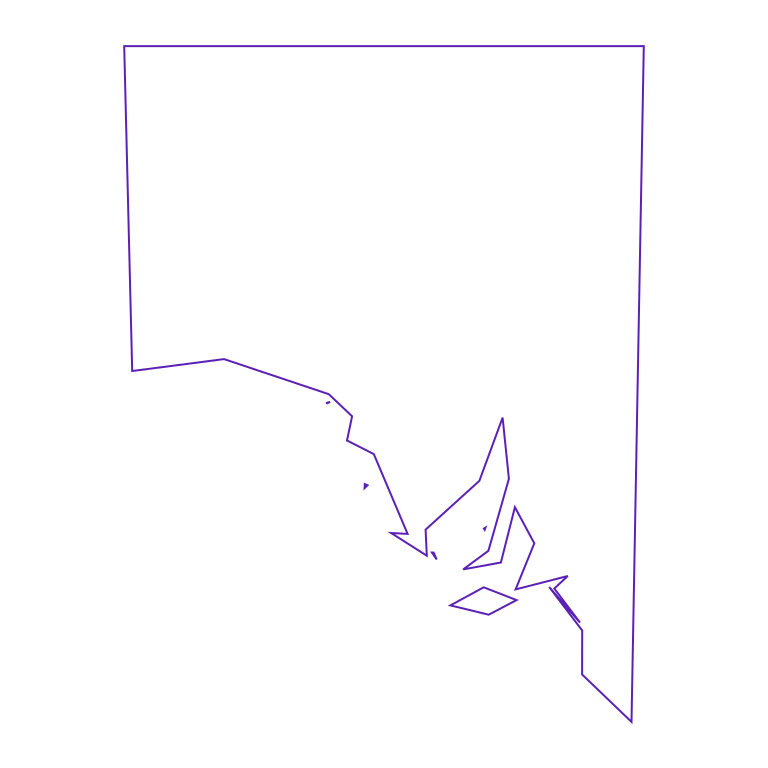 outline of South Australia
{"feature_id": "AUS-2655", "entity_name": "South Australia", "entity_type": "State", "adm_level": 1, "iso_a3": "AUS", "parent_name": "Australia", "parent_adm1": "", "projection": "equal_earth", "projection_center": [136.572, -32.035], "detail": "coarse", "context": "isolated", "style": "outline", "palette": "violet", "viewbox_px": 768, "rotation_deg": 0, "n_neighbors": 0, "source": "natural_earth", "source_scale": "10m", "svg_char_len": 730}
<svg xmlns="http://www.w3.org/2000/svg" viewBox="0 0 768 768"><path d="M352.1,416.3L328.8,394.2L224.0,359.1L132.2,371.0L124.2,46.1L643.8,46.1L631.5,721.9L582.1,674.5L582.2,630.5L549.2,587.0L580.0,622.6L554.3,588.5L567.8,576.0L515.6,589.4L534.3,543.3L514.9,507.2L500.9,562.5L463.2,569.4L488.4,550.8L508.9,478.8L502.6,417.6L479.4,480.8L425.6,529.6L426.8,555.7L391.1,533.0L407.6,533.9L373.8,454.1L347.0,440.5L352.1,416.3ZM516.5,600.1L488.7,614.7L450.4,605.4L483.7,587.3L516.5,600.1ZM433.6,552.5L436.7,559.5L431.9,552.5L433.6,552.5ZM327.7,403.1L326.0,403.1L330.0,401.9L327.7,403.1ZM364.8,484.1L367.5,485.3L364.6,488.1L364.8,484.1ZM483.9,528.6L485.5,527.6L484.7,529.8L483.9,528.6Z" fill="none" stroke="#5b21b6" stroke-width="2"/></svg>